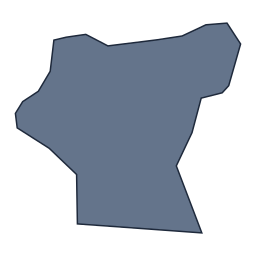 the district of Kolwezi, Katanga, Democratic Republic of the Congo
{"feature_id": "63176286B76187105234082", "entity_name": "Kolwezi", "entity_type": "district", "adm_level": 2, "iso_a3": "COD", "parent_name": "Democratic Republic of the Congo", "parent_adm1": "Katanga", "projection": "equal_earth", "projection_center": [25.484, -10.753], "detail": "fine", "context": "isolated", "style": "filled", "palette": "slate", "viewbox_px": 256, "rotation_deg": 0, "n_neighbors": 0, "source": "geoboundaries", "source_scale": "gbopen_adm2", "svg_char_len": 449}
<svg xmlns="http://www.w3.org/2000/svg" viewBox="0 0 256 256"><path d="M240.6,44.0L227.0,23.1L205.9,24.8L182.1,36.0L156.4,39.9L107.9,45.9L85.8,34.4L81.4,35.0L66.2,37.2L53.9,40.1L50.2,71.3L41.9,85.3L38.3,91.3L22.7,101.6L15.4,113.4L17.2,127.9L49.2,148.3L58.5,157.2L76.6,174.5L77.4,223.9L170.2,230.6L201.8,232.9L176.3,165.9L189.0,139.0L192.0,132.7L201.2,98.1L222.2,92.8L228.7,85.7L240.6,44.0Z" fill="#64748b" stroke="#1e293b" stroke-width="1.5"/></svg>